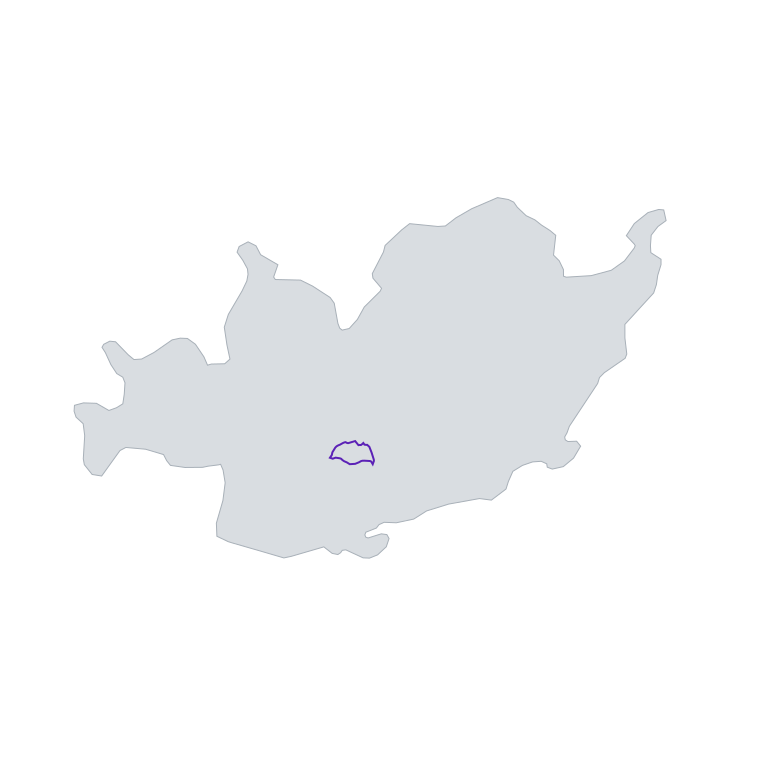 where Zug sits in Switzerland, rotated 168°
{"feature_id": "CHE-177", "entity_name": "Zug", "entity_type": "Canton", "adm_level": 1, "iso_a3": "CHE", "parent_name": "Switzerland", "parent_adm1": "", "projection": "robinson", "projection_center": [8.52, 47.166], "detail": "fine", "context": "in_parent", "style": "outline", "palette": "violet", "viewbox_px": 768, "rotation_deg": 168, "n_neighbors": 0, "source": "natural_earth", "source_scale": "10m", "svg_char_len": 3036}
<svg xmlns="http://www.w3.org/2000/svg" viewBox="0 0 768 768"><g transform="rotate(168 384 384)"><path d="M565.1,259.9L569.2,262.2L579.1,269.8L576.9,282.7L565.8,303.5L559.9,320.4L559.3,333.3L560.5,339.4L562.5,339.3L573.2,340.2L578.7,340.2L595.9,343.7L609.8,348.8L612.5,354.2L614.3,360.8L630.8,369.8L649.7,375.6L656.1,373.8L679.3,352.7L688.3,356.2L693.9,367.4L693.7,373.3L687.5,395.7L686.5,407.7L692.1,415.6L692.8,421.8L691.2,427.5L681.9,428.0L669.3,424.9L658.6,415.3L650.6,416.4L643.6,418.9L640.2,428.0L637.1,439.0L638.1,445.0L643.2,449.7L647.1,459.7L650.0,472.6L652.2,478.5L649.9,481.1L643.3,482.9L637.8,481.1L628.1,465.7L623.5,459.9L615.9,458.8L602.6,462.6L582.1,471.2L573.8,471.2L566.8,469.4L560.2,462.1L554.5,448.0L552.7,439.1L548.7,439.4L535.6,436.9L529.5,440.4L529.5,454.8L528.4,472.8L521.8,484.4L503.5,504.5L496.8,513.2L494.2,519.5L493.6,525.0L496.4,534.4L500.3,543.5L497.1,548.6L487.4,551.3L480.5,545.8L477.8,536.1L463.0,522.7L469.7,511.6L468.6,508.8L444.1,503.0L433.5,494.6L418.7,479.8L415.9,473.4L416.5,452.8L415.7,447.8L413.7,445.4L406.5,445.5L396.6,452.7L387.3,463.4L368.5,475.5L366.5,478.1L372.8,489.8L372.5,494.4L357.1,513.2L354.1,519.3L334.6,531.1L325.6,535.5L298.6,526.9L291.1,525.8L279.0,531.6L261.8,537.2L234.2,542.7L224.0,538.6L219.3,534.9L216.9,529.2L210.0,519.1L202.3,513.2L196.9,506.7L189.7,499.6L185.1,493.7L191.4,474.8L187.0,468.1L184.7,458.6L186.0,452.1L183.5,450.6L158.7,446.9L138.0,448.0L123.2,454.4L111.0,464.9L109.5,467.1L110.2,469.0L116.1,478.7L105.8,488.9L90.1,496.8L79.0,497.6L74.2,496.1L74.1,485.2L83.3,481.1L91.7,474.0L94.6,464.0L95.7,457.0L87.1,448.4L88.2,443.2L93.7,433.3L96.9,424.6L101.3,417.0L118.7,404.6L136.0,392.2L138.8,378.9L140.3,362.8L142.8,359.0L166.1,349.3L171.9,345.5L174.9,340.1L193.3,322.0L211.5,304.1L215.2,298.1L218.3,294.6L218.3,291.7L216.1,289.5L207.5,288.0L204.6,282.3L214.0,272.1L225.8,265.9L237.1,265.8L241.6,268.7L241.4,272.1L246.3,275.7L254.8,276.9L265.5,275.6L276.1,271.8L282.6,262.8L286.5,255.9L303.1,248.1L314.4,252.1L345.8,253.1L368.7,251.0L383.0,245.7L400.8,245.7L412.7,248.7L414.8,248.2L418.1,247.5L421.4,244.7L432.6,242.8L434.1,240.4L433.7,238.0L431.6,236.7L417.8,238.0L412.5,236.1L411.2,231.8L415.6,224.3L425.8,218.2L434.4,216.7L440.6,218.3L455.8,229.7L459.4,230.0L461.5,228.0L464.6,226.8L469.9,229.1L475.8,236.1L476.7,237.2L510.5,234.7L518.1,234.7L541.1,247.1L565.1,259.9Z" fill="#d9dde1" stroke="#a8b0b8" stroke-width="1"/><path d="M416.5,330.6L415.7,328.7L414.9,328.5L414.3,328.2L413.1,328.0L411.4,325.6L410.4,319.6L409.7,312.3L409.8,311.3L409.9,310.8L411.7,307.9L412.3,309.7L412.5,310.4L412.9,311.1L413.8,311.6L419.3,313.1L420.9,313.4L422.3,313.4L424.9,312.6L428.8,311.9L434.2,312.7L436.7,315.1L439.1,316.8L440.6,318.4L441.0,319.1L441.5,319.8L442.6,320.5L446.6,322.0L449.7,321.6L452.2,323.1L449.8,325.4L448.7,327.9L444.9,331.9L443.4,332.9L441.5,333.5L439.7,333.8L436.5,334.8L434.9,335.1L433.7,335.1L432.5,334.1L432.0,333.8L431.2,333.6L424.1,334.2L421.7,329.5L420.3,329.4L419.3,329.1L417.9,329.7L416.5,330.6Z" fill="none" stroke="#5b21b6" stroke-width="2"/></g></svg>